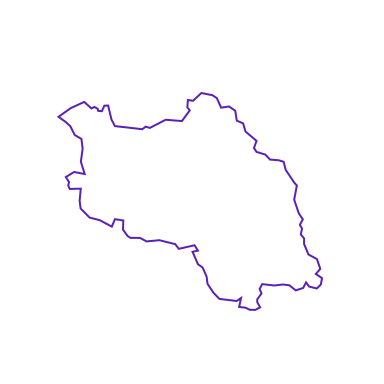 Gallyaaral, Jizzakh, Uzbekistan (Robinson projection), rotated 15°
{"feature_id": "79887680B5401835148625", "entity_name": "Gallyaaral", "entity_type": "district", "adm_level": 2, "iso_a3": "UZB", "parent_name": "Uzbekistan", "parent_adm1": "Jizzakh", "projection": "robinson", "projection_center": [67.391, 39.992], "detail": "fine", "context": "isolated", "style": "outline", "palette": "violet", "viewbox_px": 384, "rotation_deg": 15, "n_neighbors": 0, "source": "geoboundaries", "source_scale": "gbopen_adm2", "svg_char_len": 1489}
<svg xmlns="http://www.w3.org/2000/svg" viewBox="0 0 384 384"><g transform="rotate(15 192 192)"><path d="M141.3,251.3L144.5,252.2L153.7,249.8L160.9,251.5L173.0,247.0L189.3,246.7L194.0,250.3L208.2,242.8L212.9,247.1L208.0,249.6L216.4,260.2L221.9,262.3L228.1,270.1L230.7,276.6L238.8,283.8L246.2,288.2L263.4,285.7L266.8,281.7L267.3,290.8L273.7,289.9L278.4,290.8L283.6,289.5L287.7,285.8L283.5,281.5L282.8,278.8L285.4,272.0L282.4,268.1L283.7,262.8L295.7,261.0L303.8,257.8L310.2,256.9L317.7,260.2L324.2,255.9L325.6,249.8L329.5,253.0L337.5,252.9L340.4,248.1L339.9,241.6L332.8,239.1L335.8,233.1L330.1,224.5L320.6,222.2L313.7,213.2L312.3,207.9L308.0,204.7L307.8,198.9L304.7,195.8L306.1,189.7L300.7,185.0L292.7,173.0L291.6,158.6L288.5,156.6L276.8,146.4L272.7,139.1L267.5,138.9L259.0,140.5L253.2,136.9L244.0,136.6L240.5,133.5L241.1,125.9L228.1,119.8L223.6,112.5L216.8,111.5L212.7,102.3L205.6,99.8L198.3,103.0L191.7,94.9L186.6,93.2L175.4,94.0L169.4,103.6L164.2,104.2L165.6,111.4L168.7,113.8L163.9,126.1L147.9,129.0L134.7,141.0L130.3,140.9L127.8,144.2L100.5,148.3L95.5,142.9L88.6,130.2L85.0,131.3L84.0,137.3L80.4,137.9L79.3,136.0L75.7,135.1L73.2,137.3L64.6,132.9L53.1,142.4L43.6,153.9L51.9,157.1L57.4,159.9L64.0,167.3L71.5,169.4L75.2,178.6L76.8,191.5L83.7,202.4L72.9,203.2L66.3,210.2L70.6,214.2L70.9,218.0L73.2,220.7L80.0,218.6L83.7,217.6L85.7,229.5L88.7,236.8L99.7,243.2L110.1,243.1L123.5,246.2L124.6,238.2L133.0,237.3L135.1,246.2L141.3,251.3Z" fill="none" stroke="#5b21b6" stroke-width="2"/></g></svg>